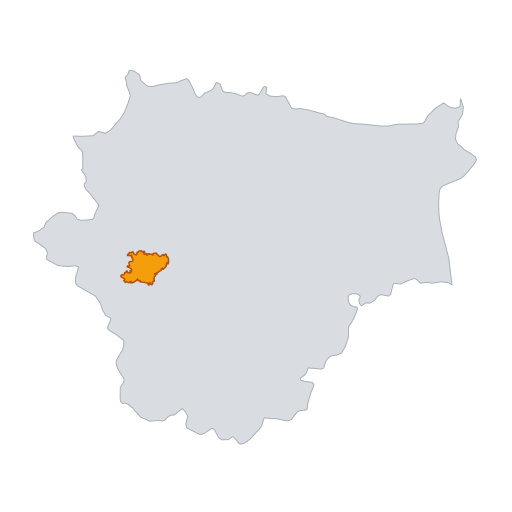 location of Mogilev, Mogilev, Belarus, rotated 179°
{"feature_id": "67162791B13586571917215", "entity_name": "Mogilev", "entity_type": "district", "adm_level": 2, "iso_a3": "BLR", "parent_name": "Belarus", "parent_adm1": "Mogilev", "projection": "albers", "projection_center": [30.317, 53.845], "detail": "fine", "context": "in_parent", "style": "filled", "palette": "amber", "viewbox_px": 512, "rotation_deg": 179, "n_neighbors": 0, "source": "geoboundaries", "source_scale": "gbopen_adm2", "svg_char_len": 9447}
<svg xmlns="http://www.w3.org/2000/svg" viewBox="0 0 512 512"><g transform="rotate(179 256 256)"><path d="M436.7,379.1L427.8,378.7L417.0,379.1L411.1,383.4L404.5,381.4L399.9,383.8L389.3,395.5L385.2,401.7L381.2,411.3L378.9,418.4L380.2,423.4L382.2,428.0L382.7,433.0L383.7,436.9L381.0,439.7L379.5,443.8L374.9,443.1L369.3,439.2L368.2,433.5L363.9,429.6L361.1,427.5L356.4,427.2L349.0,429.0L339.3,430.3L332.0,430.6L328.0,432.6L322.1,434.5L319.8,432.1L316.6,425.7L314.1,419.2L312.3,416.4L310.7,415.6L308.7,415.7L306.4,417.7L304.7,419.7L298.5,422.0L295.8,424.3L292.7,430.1L290.7,429.6L288.7,428.2L286.6,421.6L283.4,420.0L278.3,419.7L272.0,418.2L266.9,416.0L265.0,416.5L261.9,419.2L258.5,419.5L251.4,416.7L249.9,417.8L245.5,424.9L243.5,425.2L242.4,424.3L243.3,418.0L239.1,415.6L232.1,414.9L227.0,415.7L224.6,415.3L223.4,414.0L217.8,403.1L214.6,402.3L208.8,402.6L200.4,400.9L190.7,398.0L185.4,396.8L182.7,394.3L176.7,393.1L160.8,387.7L154.3,386.5L144.6,385.8L129.9,383.8L120.4,383.6L115.9,384.8L110.7,385.3L93.1,385.2L86.7,385.8L84.7,387.9L82.3,392.6L74.3,400.4L66.7,405.3L65.4,405.7L61.5,402.4L58.2,401.0L54.2,400.3L51.3,401.0L49.3,402.3L48.9,408.8L48.5,409.3L46.1,401.3L47.0,394.4L49.1,390.5L51.6,387.2L51.2,381.7L53.9,374.8L54.5,369.7L53.8,367.3L52.4,364.6L48.1,361.3L46.3,358.9L40.5,355.4L34.8,351.1L34.0,348.7L34.4,347.2L35.7,344.9L41.0,338.5L46.7,332.3L50.1,329.9L67.9,322.9L70.8,320.1L71.9,315.1L72.5,304.8L72.4,295.3L71.7,288.7L69.6,276.3L63.3,250.4L60.6,223.9L63.8,225.8L71.6,227.1L78.0,225.9L81.3,225.9L84.1,226.7L92.4,226.0L94.3,228.5L97.8,230.9L105.2,228.5L111.9,225.4L118.5,226.3L119.6,224.6L122.0,215.5L124.1,213.6L131.9,215.2L135.0,213.7L138.4,209.4L143.2,206.9L147.1,207.2L151.4,204.3L153.2,206.5L153.9,210.4L152.4,213.4L152.9,214.6L155.6,216.3L160.4,216.6L163.6,215.5L164.4,213.8L164.6,210.6L164.0,207.7L162.2,205.0L158.4,203.4L155.8,203.2L155.4,201.5L156.6,198.1L159.3,191.9L162.6,186.3L164.5,184.3L164.9,182.3L164.8,178.8L165.2,172.5L168.3,163.9L172.2,157.5L176.9,155.6L182.6,154.8L186.4,151.9L188.4,148.4L190.3,142.8L192.2,141.8L205.7,143.2L208.0,137.7L209.3,136.1L212.0,134.6L213.9,132.7L213.3,131.1L209.9,129.9L201.8,128.6L200.3,126.6L200.9,124.4L203.4,118.7L205.8,111.3L207.2,105.5L207.5,102.1L208.7,101.2L215.3,100.4L217.5,99.4L223.6,91.7L227.9,90.6L238.9,93.1L244.0,93.2L250.4,94.0L251.0,93.2L253.5,85.4L264.9,73.2L270.8,69.0L274.5,68.2L275.8,68.4L281.4,75.3L282.8,75.6L286.8,72.9L293.5,72.8L296.6,75.2L300.8,83.5L303.1,84.5L309.8,80.1L313.4,78.6L315.8,78.7L328.1,85.2L328.9,87.3L329.0,89.7L327.0,97.1L329.5,101.7L332.4,104.8L338.9,99.7L341.3,98.3L343.8,98.3L347.3,96.4L349.8,93.6L352.2,92.6L356.7,93.3L365.0,92.7L374.6,97.1L375.4,98.5L380.2,103.8L381.9,106.4L383.5,107.2L386.1,109.7L389.5,111.3L391.9,110.8L393.1,111.7L394.1,113.7L394.3,117.1L394.0,126.9L390.5,132.1L390.1,133.9L390.3,136.0L393.1,140.2L396.7,146.8L397.6,150.6L397.6,153.5L392.8,161.9L391.2,163.9L390.1,168.1L389.5,172.3L389.9,174.0L398.1,180.6L404.2,184.2L405.6,186.0L405.8,187.1L402.6,194.3L402.3,196.3L407.2,199.2L410.0,203.8L412.5,211.5L417.3,218.8L434.9,229.2L436.5,231.1L437.1,233.4L436.6,238.4L433.6,248.0L436.7,249.4L444.4,248.8L453.9,249.8L465.4,256.2L465.5,259.3L464.4,262.1L465.3,265.0L466.6,267.4L476.7,274.7L477.7,276.8L478.0,280.5L477.9,283.2L475.1,283.9L472.1,285.2L467.3,288.6L465.4,293.3L457.5,299.8L452.6,302.8L448.6,303.0L439.1,301.9L435.7,298.9L434.3,296.1L430.6,294.8L425.8,294.8L419.1,295.4L417.8,296.3L416.7,299.8L414.0,305.9L412.0,309.3L420.7,321.0L425.0,325.8L426.5,328.8L426.4,330.9L424.4,333.5L424.8,338.5L429.1,345.1L427.7,346.2L427.5,354.3L427.7,363.0L428.8,365.1L431.1,366.8L433.1,370.0L436.4,377.2L436.7,379.1Z" fill="#d9dde1" stroke="#a8b0b8" stroke-width="1"/><path d="M383.7,260.3L383.9,260.0L384.2,259.7L384.4,259.3L384.5,258.9L384.1,258.7L383.6,258.7L382.9,258.6L382.1,258.5L381.4,258.5L381.0,258.7L380.5,258.8L380.3,258.7L380.2,258.4L380.2,258.0L380.2,257.7L380.3,257.3L380.4,256.7L380.2,256.4L379.3,255.8L379.2,255.3L379.2,255.0L379.2,254.6L379.3,254.1L379.3,253.7L379.4,253.2L379.7,252.8L380.0,252.7L380.3,252.6L380.8,252.6L381.5,252.7L381.9,252.6L382.5,252.4L382.8,252.1L383.1,251.7L383.2,251.3L382.9,249.9L382.8,249.6L382.6,248.9L382.7,248.5L382.7,248.2L383.0,247.9L383.4,247.9L383.6,247.9L383.9,248.1L384.0,248.3L384.3,248.4L384.7,248.2L384.9,247.9L384.9,247.6L384.7,247.2L383.8,247.0L383.4,246.8L382.8,246.5L382.1,246.0L381.3,245.5L381.0,245.3L380.8,244.9L380.9,244.6L381.0,244.3L380.9,244.1L380.7,243.8L380.6,243.5L380.8,243.1L381.0,243.1L381.4,243.1L381.8,243.2L382.2,243.2L382.1,242.8L381.9,242.7L381.7,242.4L381.5,242.1L381.4,241.8L381.6,241.5L382.0,241.4L382.4,241.3L383.0,241.3L383.4,241.4L383.6,241.5L383.8,241.7L384.2,241.7L384.5,241.7L384.8,241.8L385.1,241.9L385.2,242.1L385.0,242.5L384.9,242.7L384.9,243.0L385.1,243.2L385.3,243.2L385.9,243.1L386.0,242.9L386.1,242.3L386.1,242.1L386.3,242.0L386.4,241.9L386.7,241.8L387.2,241.7L387.4,241.7L387.6,241.6L387.7,240.9L387.8,240.6L387.9,240.2L388.1,239.9L388.4,239.8L389.1,239.7L389.3,239.7L390.0,239.6L390.8,239.3L391.1,239.1L391.3,238.7L391.4,238.3L391.3,237.8L391.2,237.6L391.0,237.3L390.6,237.0L390.3,236.8L389.6,236.6L388.9,236.3L388.4,236.0L388.1,235.7L387.9,235.4L387.7,235.0L387.7,234.7L388.0,234.4L388.1,234.1L388.6,233.6L388.3,233.4L388.1,233.3L387.8,233.0L387.6,232.7L387.4,232.3L387.1,231.9L386.7,231.8L386.4,232.0L386.2,232.3L386.0,232.6L385.8,232.7L385.6,232.7L385.2,232.5L384.7,232.0L384.3,231.8L383.9,231.6L383.5,231.6L383.2,231.8L383.1,232.0L382.8,232.1L382.7,231.9L382.3,231.6L382.0,231.5L381.9,231.8L381.9,232.4L381.9,232.7L381.6,232.8L381.3,232.7L381.1,232.1L380.9,231.7L380.7,231.4L380.4,231.3L380.1,231.3L379.2,231.7L378.7,232.0L378.2,232.3L376.9,232.9L376.3,233.4L375.9,233.9L375.7,234.1L375.2,234.8L374.9,235.0L374.7,234.8L374.7,234.7L374.7,234.3L374.7,233.7L374.3,233.4L374.0,233.4L373.6,233.6L372.8,233.6L372.3,233.5L372.2,233.3L372.3,233.1L372.4,232.8L372.4,232.4L372.3,232.1L372.0,232.0L371.4,232.0L370.8,232.0L370.2,232.0L369.7,231.9L368.9,231.7L368.0,231.5L365.8,231.1L365.0,230.8L364.7,230.5L364.5,230.1L364.4,229.4L364.1,228.9L363.6,228.9L363.4,229.4L363.4,229.8L363.4,230.2L363.3,230.6L363.2,230.9L362.9,231.1L362.6,231.2L362.2,231.0L362.3,230.8L362.5,230.6L362.7,230.4L362.7,230.1L362.6,229.8L362.4,229.7L362.0,229.7L361.8,229.7L361.5,229.5L361.2,229.2L360.9,229.0L360.6,229.1L360.4,229.4L360.2,229.7L360.1,229.9L359.9,230.1L359.7,230.2L359.7,230.6L359.7,230.9L359.8,231.2L360.0,231.3L360.1,231.6L360.0,231.9L359.7,232.1L359.4,232.3L359.1,232.4L358.7,232.6L358.0,232.7L358.0,233.0L358.1,233.4L358.5,233.8L358.6,234.1L358.4,234.4L358.2,234.8L358.2,235.8L358.2,236.3L358.1,236.7L357.7,237.2L357.3,237.5L356.9,238.0L356.7,238.4L356.9,238.8L357.0,239.1L357.4,239.3L357.6,239.5L357.7,239.8L357.6,240.1L357.3,240.1L357.1,240.1L356.9,239.7L356.5,239.5L356.2,239.5L355.9,239.5L355.3,239.7L355.2,240.0L355.4,240.5L355.4,240.9L355.4,241.1L355.0,241.3L354.7,241.3L354.4,241.4L354.2,241.4L354.0,241.5L353.7,241.7L353.4,242.1L352.8,242.5L352.5,242.6L352.1,242.9L351.8,243.0L351.5,243.0L351.3,243.2L351.1,243.6L350.8,243.9L350.6,244.2L350.6,244.5L350.7,244.8L350.5,245.0L350.3,245.1L350.1,245.1L349.8,245.4L349.5,245.2L349.5,244.7L349.5,244.4L349.3,244.3L349.0,244.4L348.8,244.6L348.5,244.9L347.9,245.3L347.6,245.6L347.2,246.0L346.6,246.6L346.3,246.9L346.2,247.5L346.0,247.8L345.7,248.0L345.7,248.3L345.7,248.6L345.8,249.0L345.7,249.2L345.6,249.5L345.5,250.3L345.3,250.6L345.2,250.7L344.8,250.6L344.6,250.2L344.3,249.7L344.2,249.7L343.9,249.8L343.8,250.3L343.7,251.0L343.6,251.3L343.5,251.6L343.5,252.1L343.8,252.5L343.8,252.9L343.7,253.3L343.5,253.5L343.4,254.0L343.8,255.2L344.1,255.7L344.2,256.1L344.3,256.5L344.5,256.8L345.0,256.7L345.3,256.8L345.5,257.2L345.5,257.6L345.5,258.0L345.5,258.3L345.5,258.6L345.6,258.9L345.9,259.2L346.1,259.5L346.4,259.5L346.6,259.4L346.8,259.2L346.8,258.9L346.9,258.7L347.1,258.7L347.4,258.7L347.7,258.4L348.1,258.0L348.3,258.0L348.5,258.0L348.7,258.3L348.7,258.9L348.9,259.1L349.1,259.0L349.4,258.8L349.5,258.7L349.9,258.5L350.3,258.2L350.6,258.1L351.1,257.5L351.4,257.2L351.8,257.1L352.1,257.1L352.4,257.2L353.1,257.8L354.0,258.6L354.4,259.2L355.0,259.7L355.5,260.2L355.7,260.5L355.9,260.6L356.0,260.7L356.5,260.6L356.7,260.4L356.9,260.4L357.5,260.4L358.0,260.4L358.5,260.4L358.9,260.1L359.0,259.8L359.1,259.5L359.1,259.1L359.1,258.8L359.5,258.8L360.1,259.3L360.5,259.5L361.1,259.7L361.5,259.7L362.0,259.6L362.4,259.7L362.8,260.1L363.2,260.2L363.5,260.0L363.8,259.7L364.1,259.4L364.3,259.1L364.7,258.8L365.0,258.8L365.2,259.0L365.1,259.4L364.9,259.7L364.9,260.1L365.2,260.3L365.8,260.2L366.0,259.9L366.3,259.8L366.5,259.8L366.8,259.9L367.1,259.7L367.3,259.6L367.6,259.6L368.0,260.0L368.1,260.3L368.1,260.6L367.8,261.2L367.6,261.4L367.2,261.6L367.1,261.8L367.4,262.4L367.5,262.5L368.0,262.5L368.3,262.5L368.7,262.3L368.9,262.2L369.0,261.9L369.3,261.8L369.5,261.9L369.6,262.2L369.8,262.6L370.1,263.0L370.3,263.1L371.0,263.1L371.7,263.1L372.1,263.1L372.6,263.1L373.1,262.9L373.3,262.7L373.4,262.4L373.5,262.0L373.9,261.9L374.5,261.9L374.9,261.4L375.0,260.9L375.2,260.4L375.3,259.8L375.4,259.4L375.8,259.2L376.1,259.3L376.4,259.5L376.6,259.6L376.9,259.7L377.2,259.8L377.7,260.0L378.2,260.4L378.5,261.2L378.6,261.5L378.6,261.8L378.7,262.0L379.1,262.3L379.5,262.4L379.7,262.0L379.9,261.9L380.1,261.7L380.4,261.5L380.8,261.5L381.3,261.5L381.6,261.5L381.9,261.6L382.2,261.7L382.5,261.7L382.8,261.4L382.8,261.0L382.9,260.7L383.1,260.5L383.3,260.4L383.7,260.3Z" fill="#f59e0b" stroke="#b45309" stroke-width="1.5"/></g></svg>